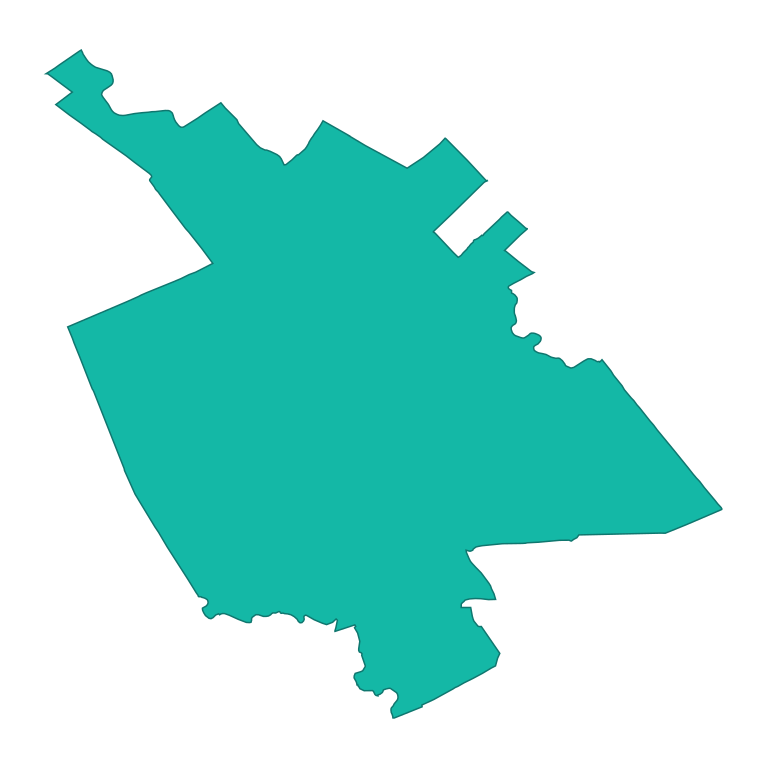 outline of Ulmi, Giurgiu, Romania
{"feature_id": "2599482B15778475924534", "entity_name": "Ulmi", "entity_type": "district", "adm_level": 2, "iso_a3": "ROU", "parent_name": "Romania", "parent_adm1": "Giurgiu", "projection": "equal_earth", "projection_center": [25.773, 44.5], "detail": "fine", "context": "isolated", "style": "filled", "palette": "teal", "viewbox_px": 768, "rotation_deg": 0, "n_neighbors": 0, "source": "geoboundaries", "source_scale": "gbopen_adm2", "svg_char_len": 6071}
<svg xmlns="http://www.w3.org/2000/svg" viewBox="0 0 768 768"><path d="M452.9,689.0L455.2,687.5L457.8,686.4L464.1,682.8L473.0,678.4L482.5,673.3L491.2,668.1L495.5,665.9L497.6,658.2L499.8,653.4L481.3,626.5L479.4,626.6L478.0,626.2L473.9,621.1L473.0,618.8L472.3,616.2L470.7,607.5L461.2,607.5L461.3,604.0L462.4,602.7L463.8,601.6L465.2,600.0L469.7,598.9L475.4,598.5L480.8,598.7L488.5,599.6L495.6,599.4L494.0,593.9L491.5,588.8L490.5,585.8L488.8,583.1L481.2,572.9L475.8,567.4L472.1,563.4L470.4,561.3L469.0,558.5L466.4,552.4L466.1,550.2L469.3,551.1L470.7,551.1L472.5,550.3L472.9,550.0L473.2,549.1L475.1,547.6L476.2,546.9L478.8,546.3L482.1,545.7L502.6,543.7L522.4,543.4L525.5,543.2L527.1,542.8L538.5,542.2L559.5,540.3L569.1,540.2L570.6,540.9L571.5,541.0L573.8,539.3L576.9,537.7L578.9,534.9L660.1,533.1L665.3,533.2L686.0,524.8L721.7,509.5L721.9,509.0L721.1,507.5L717.6,503.7L714.7,500.0L704.3,487.6L699.8,481.6L696.3,477.9L692.6,473.5L688.7,468.5L674.3,450.7L657.0,429.7L653.7,425.2L649.7,420.6L639.5,407.7L636.9,404.8L633.9,400.7L631.0,397.7L624.4,389.8L622.1,385.8L613.6,375.3L611.0,371.0L602.0,359.7L600.3,361.5L599.5,362.0L599.0,361.4L597.4,361.7L596.5,361.3L595.1,360.4L591.1,358.8L588.1,358.8L587.1,359.2L583.8,361.0L574.0,367.3L571.8,367.9L570.7,368.0L566.1,366.0L565.3,365.2L564.9,364.1L562.4,360.7L559.6,358.4L558.2,358.1L555.8,358.3L552.0,357.4L550.8,357.0L546.1,354.5L542.4,353.6L538.6,352.9L536.4,351.9L534.4,350.5L533.9,349.5L533.7,348.4L533.7,347.2L533.8,346.6L535.2,345.4L538.0,343.9L540.2,341.4L540.7,340.4L541.0,339.3L541.1,338.0L540.9,337.2L540.2,336.2L539.3,335.4L537.8,334.6L535.1,333.5L533.7,333.2L531.7,333.1L530.3,333.5L528.4,335.3L525.0,337.5L523.8,338.0L522.5,338.0L520.5,337.5L515.5,335.7L514.0,334.7L512.3,332.6L511.3,329.7L511.1,327.7L511.9,326.3L513.0,325.2L515.0,324.0L515.9,322.9L516.3,321.6L516.4,320.6L515.9,318.0L515.2,315.5L514.6,314.1L514.3,312.5L514.3,309.3L514.4,307.8L515.2,305.0L516.8,302.9L517.2,300.4L517.2,298.6L516.8,297.4L514.9,295.0L512.9,293.6L511.6,293.1L511.5,290.4L509.7,289.4L508.8,288.7L508.2,287.8L508.4,287.3L508.3,286.8L508.8,286.1L513.5,283.4L521.6,279.2L526.4,276.4L532.5,273.6L534.1,272.5L531.9,271.8L530.8,271.1L518.2,261.4L505.8,251.2L504.5,250.5L520.3,235.0L527.2,229.0L527.2,228.7L525.7,228.2L519.3,222.4L511.0,215.3L508.0,212.1L507.2,212.0L501.5,217.1L499.5,219.3L484.8,233.1L484.0,233.9L483.1,235.4L482.5,235.6L481.9,235.2L478.4,238.1L475.7,239.5L474.5,239.8L473.9,240.2L473.5,240.8L473.4,241.8L473.2,242.2L471.1,243.9L469.6,245.7L469.2,246.4L467.9,247.6L466.9,249.2L463.3,252.7L461.3,255.2L460.5,255.9L458.2,257.3L453.4,252.6L436.2,234.3L434.8,232.9L433.3,232.0L433.3,231.8L434.4,230.6L452.5,213.3L483.5,182.9L484.7,181.9L487.3,180.8L487.1,180.5L486.5,181.0L467.1,160.1L446.0,138.8L445.1,138.2L439.8,143.9L423.4,157.5L407.1,168.2L365.2,145.5L349.0,135.8L349.2,135.7L323.0,120.8L320.5,125.2L317.6,129.6L314.6,133.6L312.9,136.4L311.2,138.6L309.1,142.1L308.6,143.5L306.6,146.9L305.0,149.1L298.5,154.8L297.6,154.8L296.6,155.3L291.9,159.9L286.0,164.6L284.1,164.9L281.3,158.9L279.6,156.5L277.0,154.6L270.1,151.3L266.7,150.1L264.9,150.0L260.3,147.8L256.7,144.7L238.6,123.6L236.9,119.7L225.1,107.9L220.9,102.8L205.4,112.8L197.5,118.3L184.3,126.6L183.1,127.2L180.8,127.2L179.2,126.1L178.4,125.3L175.8,122.0L174.6,119.8L173.7,117.4L173.2,115.5L172.4,113.3L172.0,112.7L170.4,111.3L168.7,110.6L165.2,110.5L155.2,111.6L152.0,111.7L148.6,112.2L142.2,112.7L134.4,113.6L125.4,115.3L122.9,115.5L119.3,115.2L117.1,114.4L114.2,112.9L112.5,111.3L111.3,109.7L108.4,104.4L103.2,97.5L101.9,95.4L101.6,94.4L102.1,92.5L103.1,90.8L103.7,90.2L110.1,85.9L111.2,85.1L112.4,83.7L112.8,82.8L113.1,81.4L113.1,79.6L112.0,75.3L111.7,75.0L111.5,74.0L109.9,72.3L107.3,70.9L95.6,67.3L93.0,65.7L91.1,64.3L88.4,61.9L86.3,59.1L83.1,54.2L82.5,52.5L81.2,50.0L79.0,51.4L59.2,65.0L54.8,68.2L46.1,73.7L47.7,73.8L50.4,75.7L72.3,92.1L55.8,104.6L69.3,114.9L81.4,123.5L90.1,130.0L91.9,131.5L95.5,133.7L100.5,137.2L102.9,139.4L126.3,155.9L134.2,162.1L149.3,173.4L150.3,174.4L151.3,175.4L151.7,176.9L149.7,179.5L149.7,180.6L154.3,186.9L155.6,189.4L158.5,192.4L159.4,193.8L171.9,210.5L185.6,228.6L188.8,232.1L201.7,248.4L212.8,263.4L195.6,272.2L189.1,274.6L180.8,278.7L172.7,282.1L146.6,292.7L141.1,295.1L138.5,296.5L127.1,301.6L67.7,326.9L72.5,338.5L74.0,342.8L79.8,357.1L91.4,386.8L92.4,389.2L93.0,390.0L93.9,391.9L124.2,468.7L124.5,470.5L135.1,494.2L155.1,527.2L158.5,532.2L167.1,546.8L187.9,579.3L196.2,592.7L198.1,595.4L198.3,596.3L198.8,596.7L201.2,596.8L201.9,597.4L203.1,597.6L205.1,598.3L207.3,599.7L207.9,601.1L208.1,602.7L207.9,603.5L207.5,604.5L206.1,606.1L202.5,608.1L202.4,608.8L202.7,610.5L203.8,612.9L205.5,615.6L209.0,618.3L211.0,618.7L213.1,617.6L215.7,615.0L218.6,613.8L219.6,614.8L220.8,614.0L222.7,613.5L224.7,613.6L229.2,615.2L238.2,619.3L246.3,622.4L249.5,622.6L251.0,622.3L251.6,620.2L251.5,618.8L252.2,617.3L255.8,614.7L258.4,614.7L263.4,616.4L266.1,616.4L268.5,616.0L270.6,614.8L271.7,613.6L272.9,612.9L275.7,613.0L279.0,611.5L279.9,611.8L280.4,612.8L281.1,613.3L283.0,613.1L284.5,613.6L287.7,613.9L291.1,614.8L294.3,616.7L297.2,619.3L298.4,621.5L300.1,622.8L301.9,622.6L303.6,620.9L304.2,619.2L303.8,616.8L304.4,615.8L305.4,615.2L306.6,615.4L314.1,619.7L322.3,623.2L326.6,624.6L332.6,622.3L336.1,619.0L337.4,620.3L335.9,627.6L334.9,631.0L335.0,631.4L354.8,624.9L355.7,626.4L354.5,627.7L357.6,633.0L359.8,641.3L358.7,648.8L358.7,650.5L359.4,652.0L361.1,652.7L362.0,653.8L361.7,655.3L365.3,665.9L365.2,666.6L362.7,670.8L360.7,671.7L355.2,673.4L354.2,675.9L354.1,677.9L356.1,681.5L356.6,682.8L357.0,684.9L357.7,684.7L358.0,685.8L359.1,687.2L359.9,688.7L364.1,690.7L372.6,690.6L373.6,691.6L374.9,694.4L376.0,695.4L378.0,695.9L378.0,694.8L379.9,694.3L382.2,692.6L382.8,691.7L383.4,689.9L386.2,688.9L389.0,688.3L390.0,688.3L390.7,688.6L396.5,692.6L397.4,694.0L397.9,695.8L398.0,697.7L397.7,699.0L397.1,700.3L394.2,703.8L393.3,705.7L391.4,707.9L391.0,709.0L391.0,710.5L391.3,712.6L392.1,714.3L392.8,716.5L392.9,717.9L394.1,718.0L394.7,717.8L422.1,706.8L421.9,705.0L433.8,699.5L452.9,689.0Z" fill="#14b8a6" stroke="#0f766e" stroke-width="1.5"/></svg>